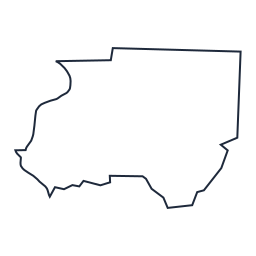 the district of Dyer, Tennessee, United States of America
{"feature_id": "52423323B67053212067628", "entity_name": "Dyer", "entity_type": "district", "adm_level": 2, "iso_a3": "USA", "parent_name": "United States of America", "parent_adm1": "Tennessee", "projection": "albers", "projection_center": [-89.571, 36.047], "detail": "fine", "context": "isolated", "style": "outline", "palette": "slate", "viewbox_px": 256, "rotation_deg": 0, "n_neighbors": 0, "source": "geoboundaries", "source_scale": "gbopen_adm2", "svg_char_len": 930}
<svg xmlns="http://www.w3.org/2000/svg" viewBox="0 0 256 256"><path d="M227.7,150.4L220.8,144.7L237.3,137.7L240.6,51.6L112.8,48.1L110.8,60.2L55.8,61.2L58.0,62.3L60.2,63.8L64.6,68.1L67.0,71.3L69.5,75.7L70.3,78.2L70.6,81.1L70.4,85.2L70.0,88.1L69.6,89.3L67.7,91.9L66.5,93.0L61.4,95.7L57.5,98.5L56.3,99.1L50.5,100.7L44.8,102.8L41.3,104.4L39.1,106.3L36.6,109.8L36.1,110.8L35.4,115.7L34.4,125.7L33.3,134.2L32.7,136.5L31.2,140.7L26.9,146.7L26.1,148.2L25.6,150.1L15.4,150.3L16.1,152.1L17.2,153.7L20.8,157.3L20.9,157.8L20.5,162.8L20.6,164.6L20.9,165.9L22.6,168.4L24.3,170.0L28.3,172.7L33.3,175.8L37.4,179.3L39.5,181.6L45.3,186.4L46.9,188.5L47.6,190.2L49.0,195.0L49.8,196.7L55.0,187.2L64.0,189.2L72.4,185.1L79.3,186.4L83.5,180.9L100.4,185.3L110.1,182.3L109.8,175.8L142.6,176.3L146.0,178.8L151.6,188.8L163.4,197.6L167.7,207.9L192.2,205.2L197.2,192.1L203.9,190.3L221.3,168.1L227.7,150.4Z" fill="none" stroke="#1e293b" stroke-width="2"/></svg>